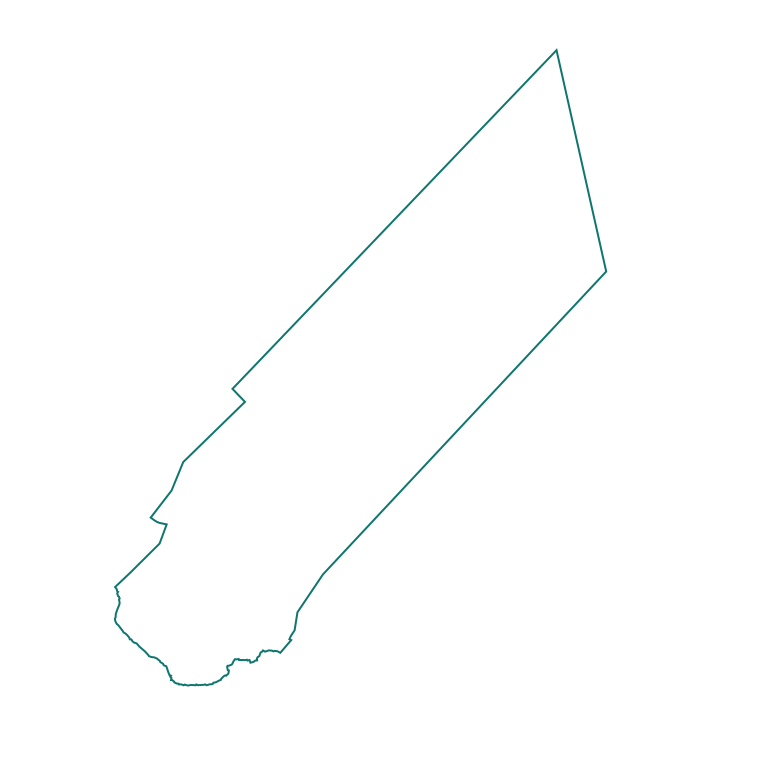 outline of Satuipaitea, Satupa'itea, Samoa, rotated 43°
{"feature_id": "51752279B75424084440116", "entity_name": "Satuipaitea", "entity_type": "district", "adm_level": 2, "iso_a3": "WSM", "parent_name": "Samoa", "parent_adm1": "Satupa'itea", "projection": "mercator", "projection_center": [-172.336, -13.708], "detail": "fine", "context": "isolated", "style": "outline", "palette": "teal", "viewbox_px": 768, "rotation_deg": 43, "n_neighbors": 0, "source": "geoboundaries", "source_scale": "gbopen_adm2", "svg_char_len": 1734}
<svg xmlns="http://www.w3.org/2000/svg" viewBox="0 0 768 768"><g transform="rotate(43 384 384)"><path d="M282.5,22.2L276.5,490.9L294.5,491.9L290.4,578.0L301.3,606.8L304.5,640.8L309.0,640.3L312.0,639.7L314.5,638.7L320.8,634.9L328.7,653.7L327.1,695.1L325.8,715.9L328.3,716.3L330.4,717.6L331.3,717.4L331.7,719.1L334.0,720.4L335.3,720.3L337.0,721.2L337.3,722.5L339.7,724.1L341.1,726.2L342.1,729.2L344.5,734.8L346.9,737.8L347.3,739.3L349.5,740.8L352.1,741.7L354.1,741.6L361.2,742.8L363.1,743.3L365.1,742.8L367.5,742.8L370.7,743.2L372.2,744.1L373.5,743.1L375.3,743.7L377.4,743.6L380.1,742.4L384.3,742.9L391.0,742.6L395.9,742.9L397.8,743.3L400.1,742.3L402.5,740.6L404.8,739.7L408.9,739.4L410.0,739.9L413.1,739.3L414.8,739.9L417.3,738.9L423.4,742.2L425.7,743.2L427.1,742.6L427.3,743.9L429.0,743.9L430.1,745.8L431.0,745.0L433.5,744.8L434.2,745.2L436.6,744.5L438.1,743.3L438.9,743.6L440.7,741.9L443.0,740.9L443.1,739.9L446.3,738.2L448.1,735.7L451.8,732.7L451.6,731.8L453.3,731.2L457.7,726.5L458.0,725.7L459.8,725.2L461.3,722.6L463.3,720.4L463.0,718.8L464.5,716.7L465.7,713.3L466.5,711.4L466.0,710.6L466.1,707.0L466.6,705.4L467.5,705.0L467.7,701.9L465.9,699.3L464.9,699.8L462.2,697.9L461.8,696.8L462.5,696.2L463.9,693.3L463.9,691.9L463.0,689.4L462.7,686.8L464.2,685.8L465.2,684.2L466.2,684.7L469.3,681.9L470.7,680.7L471.9,679.1L472.8,679.3L473.9,677.6L476.4,678.9L478.1,676.2L478.4,674.1L479.7,672.7L478.3,671.5L477.9,670.2L478.4,668.1L476.9,664.6L477.4,662.8L477.2,661.4L479.5,660.9L481.6,657.2L484.1,655.3L485.5,655.0L486.0,653.8L488.4,652.1L491.5,651.3L491.1,642.3L490.8,634.6L488.9,635.2L487.8,632.1L486.6,625.1L476.4,610.0L469.2,564.8L469.8,150.2L402.6,104.3L373.8,84.6L282.5,22.2Z" fill="none" stroke="#0f766e" stroke-width="2"/></g></svg>